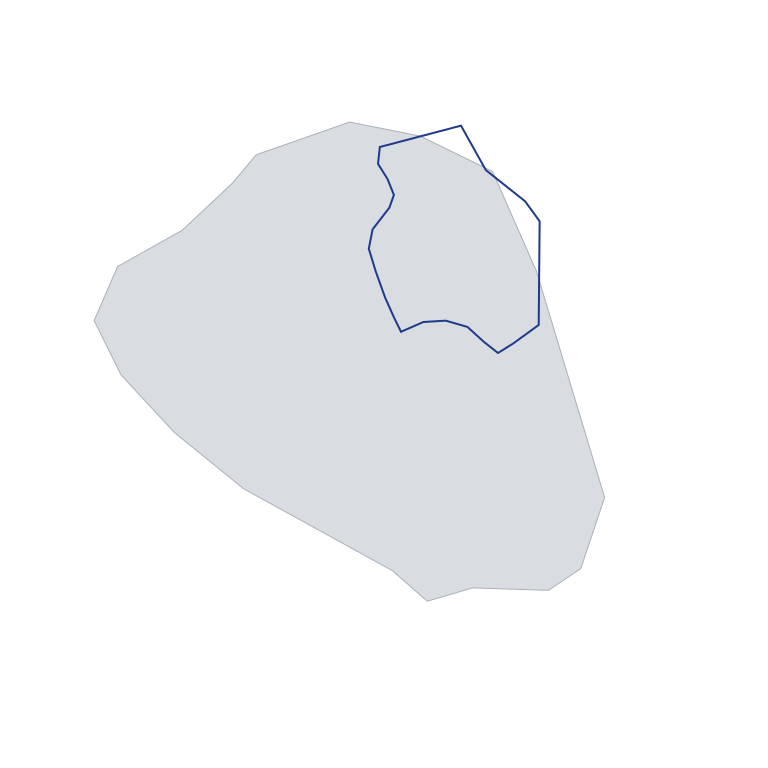 Andorra, with Ordino highlighted, rotated 58°
{"feature_id": "AND-4878", "entity_name": "Ordino", "entity_type": "state/province", "adm_level": 1, "iso_a3": "AND", "parent_name": "Andorra", "parent_adm1": "", "projection": "natural_earth1", "projection_center": [1.528, 42.606], "detail": "fine", "context": "in_parent", "style": "outline", "palette": "blue", "viewbox_px": 768, "rotation_deg": 58, "n_neighbors": 0, "source": "natural_earth", "source_scale": "10m", "svg_char_len": 731}
<svg xmlns="http://www.w3.org/2000/svg" viewBox="0 0 768 768"><g transform="rotate(58 384 384)"><path d="M591.1,462.4L546.8,475.8L398.4,558.6L314.0,587.5L236.9,602.2L176.6,596.2L143.2,547.7L146.7,473.5L133.4,406.5L121.9,370.8L143.6,274.4L192.9,222.0L261.3,179.3L368.9,194.9L597.1,257.0L644.8,314.9L646.1,353.9L603.8,417.0L591.1,462.4Z" fill="#d9dde1" stroke="#a8b0b8" stroke-width="1"/><path d="M328.5,165.8L415.9,221.5L418.1,252.8L418.1,270.9L401.4,276.9L379.8,283.0L363.0,298.1L352.3,317.7L348.7,341.9L333.1,340.3L311.5,337.3L284.0,331.3L261.2,325.2L246.8,311.7L237.3,286.0L228.9,275.4L212.1,272.4L194.1,272.4L180.8,261.9L205.7,181.8L256.6,184.3L303.9,167.5L328.5,165.8Z" fill="none" stroke="#1e3a8a" stroke-width="2"/></g></svg>